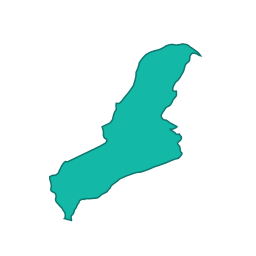 the district of Mpassa, Haut-Ogooué, Gabon, rotated 244°
{"feature_id": "22940354B37639469829308", "entity_name": "Mpassa", "entity_type": "district", "adm_level": 2, "iso_a3": "GAB", "parent_name": "Gabon", "parent_adm1": "Haut-Ogooué", "projection": "mercator", "projection_center": [13.612, -1.737], "detail": "fine", "context": "isolated", "style": "filled", "palette": "teal", "viewbox_px": 256, "rotation_deg": 244, "n_neighbors": 0, "source": "geoboundaries", "source_scale": "gbopen_adm2", "svg_char_len": 3203}
<svg xmlns="http://www.w3.org/2000/svg" viewBox="0 0 256 256"><g transform="rotate(244 128 128)"><path d="M69.7,36.6L70.3,37.0L71.9,37.4L73.1,37.8L74.0,38.6L74.5,40.2L75.2,41.5L76.3,42.7L77.5,43.6L78.3,44.5L78.4,45.4L79.7,47.1L81.1,48.6L81.8,49.9L82.4,51.1L83.4,51.9L84.0,52.7L84.1,54.6L83.8,56.6L83.0,57.3L83.0,58.2L82.5,60.2L81.6,61.7L81.0,63.2L80.2,65.4L79.5,67.1L78.9,68.5L78.6,70.3L78.8,72.1L79.5,74.1L79.8,76.1L79.8,79.1L79.9,80.9L80.4,82.1L81.1,83.3L81.7,85.2L82.2,86.0L82.9,86.8L83.5,87.8L84.0,89.7L84.9,94.8L85.5,96.9L85.9,98.4L85.8,100.2L85.6,106.1L84.9,112.1L84.3,115.9L83.7,117.9L82.9,119.8L82.5,122.0L82.1,125.4L81.8,128.5L81.6,133.2L81.5,135.3L81.0,138.4L80.1,146.4L79.7,153.7L79.4,157.3L78.9,158.7L78.7,160.1L79.3,161.9L80.1,163.7L80.9,164.9L81.9,165.5L83.2,165.0L84.9,165.1L86.2,165.6L87.5,166.1L89.2,166.3L91.4,165.6L92.5,165.8L93.4,166.9L93.6,168.5L94.3,170.3L95.4,171.6L96.9,172.1L98.7,171.4L100.0,171.6L100.2,170.8L100.7,169.4L101.4,168.6L102.4,168.3L103.6,167.9L104.6,167.3L105.8,166.6L108.3,165.4L108.0,166.6L107.3,168.0L107.3,169.5L107.3,171.7L107.8,172.6L110.2,170.9L112.5,169.3L114.2,168.0L116.4,166.9L118.2,165.9L119.1,164.4L120.0,163.6L121.6,162.9L123.4,162.8L125.1,163.6L125.9,164.6L126.9,166.2L128.0,168.2L128.9,169.5L129.8,171.5L129.9,173.3L129.8,174.8L130.4,176.7L131.5,178.3L132.6,179.8L133.7,181.0L134.4,182.6L135.1,184.3L135.8,185.5L136.9,186.3L139.9,187.6L140.8,185.4L142.3,184.7L144.4,185.9L146.0,187.5L148.4,190.9L148.9,193.4L150.5,196.7L152.2,199.1L154.5,202.6L156.9,204.8L159.2,206.7L160.2,208.3L161.2,211.9L161.9,213.0L163.6,214.1L165.0,214.8L166.5,216.7L167.0,218.6L166.1,220.6L164.1,222.6L162.1,223.8L161.2,224.9L163.5,224.5L165.9,223.7L167.2,223.0L169.0,222.0L170.2,221.3L171.8,220.5L173.6,219.3L175.0,218.8L176.7,217.7L177.8,216.5L179.7,213.8L180.1,211.7L180.9,209.2L181.3,207.9L182.0,206.7L183.0,205.5L183.6,204.7L184.3,202.8L184.7,201.3L185.0,199.5L185.1,197.7L184.8,196.2L184.7,193.7L184.7,191.0L185.1,188.6L185.6,186.3L186.2,182.8L186.3,179.5L186.0,176.0L185.0,173.3L183.8,170.5L182.6,168.3L181.4,166.5L179.5,165.1L177.0,162.7L175.3,160.6L174.5,159.7L172.6,158.7L170.8,157.7L168.1,155.5L166.2,153.8L163.7,151.4L162.5,149.4L160.9,146.5L158.8,142.4L157.5,139.3L156.2,136.6L155.1,134.5L154.0,131.4L154.4,129.8L155.4,128.2L153.8,127.3L151.8,126.4L150.1,125.8L149.1,124.7L148.3,123.1L146.9,121.6L145.7,120.5L144.4,119.4L142.8,118.3L141.8,116.9L140.4,114.0L140.4,108.9L140.5,105.3L139.1,105.0L137.2,104.8L135.8,104.4L134.1,103.7L132.6,102.8L131.4,102.5L130.0,102.4L129.0,102.6L128.2,103.2L127.6,103.6L126.2,103.6L125.1,102.8L124.3,100.9L123.9,94.7L124.0,76.3L124.1,58.9L124.5,58.0L125.3,57.2L125.2,56.0L124.5,54.4L123.1,51.9L122.3,50.8L120.8,49.0L119.5,47.2L118.0,45.6L117.6,44.0L117.4,42.0L118.1,40.5L118.5,39.1L118.6,36.4L117.6,35.8L115.7,35.2L112.9,34.7L111.2,34.3L109.7,33.7L108.5,33.2L107.3,32.1L106.1,31.4L104.9,31.5L103.3,32.5L102.5,33.2L101.9,33.7L100.4,33.9L99.0,33.8L97.2,32.9L96.2,31.9L94.6,31.2L92.6,31.2L90.4,31.9L88.1,32.5L86.4,33.0L84.8,33.6L83.7,33.6L81.9,33.7L80.7,34.0L79.3,34.1L78.2,33.8L77.1,33.4L75.9,32.7L75.0,32.2L74.5,31.1L73.5,32.4L72.5,33.2L71.7,34.5L70.3,36.0L69.7,36.6Z" fill="#14b8a6" stroke="#0f766e" stroke-width="1.5"/></g></svg>